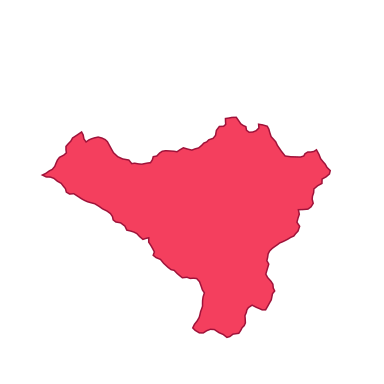 São Gonçalo do Rio Abaixo, Minas Gerais, Brazil (Robinson projection), rotated 307°
{"feature_id": "56859067B788789962978", "entity_name": "São Gonçalo do Rio Abaixo", "entity_type": "district", "adm_level": 2, "iso_a3": "BRA", "parent_name": "Brazil", "parent_adm1": "Minas Gerais", "projection": "robinson", "projection_center": [-43.325, -19.797], "detail": "fine", "context": "isolated", "style": "filled", "palette": "rose", "viewbox_px": 384, "rotation_deg": 307, "n_neighbors": 0, "source": "geoboundaries", "source_scale": "gbopen_adm2", "svg_char_len": 3080}
<svg xmlns="http://www.w3.org/2000/svg" viewBox="0 0 384 384"><g transform="rotate(307 192 192)"><path d="M96.9,307.4L99.3,309.2L103.2,310.3L107.3,314.4L110.8,314.2L113.7,313.7L116.8,314.1L119.6,313.4L122.5,311.0L125.1,308.7L128.4,307.9L130.8,306.8L133.6,306.6L137.8,308.1L138.6,312.7L139.4,315.8L140.1,319.0L142.2,321.7L146.3,321.2L150.5,320.6L153.6,320.2L156.1,319.0L159.2,317.5L162.7,317.6L164.2,314.7L167.0,312.1L168.2,308.9L169.2,303.9L170.8,300.4L173.6,299.3L176.8,298.1L180.6,296.7L182.2,293.1L185.0,291.9L188.5,290.0L191.8,289.5L195.2,290.0L198.5,291.0L201.5,292.0L204.1,292.7L206.6,294.2L209.3,295.6L212.0,296.9L215.1,298.1L218.1,299.8L220.9,299.8L224.5,300.2L229.4,298.6L231.0,294.0L235.1,292.3L238.8,291.1L241.9,287.6L244.6,291.0L248.1,294.9L251.8,296.0L255.9,295.6L258.6,292.3L261.2,290.7L264.6,289.6L267.8,287.5L272.7,288.6L277.1,290.6L280.6,288.1L284.9,290.0L289.1,290.9L292.3,289.5L292.9,284.9L294.4,281.6L295.1,278.2L296.0,274.7L298.4,270.8L300.6,266.0L297.8,265.0L295.4,262.8L293.6,260.4L290.6,259.2L288.0,259.6L285.1,257.5L283.5,255.2L279.6,249.7L276.8,244.7L278.4,238.6L279.5,235.4L280.6,232.1L282.5,228.6L283.2,225.2L283.8,221.9L286.3,218.3L288.4,215.6L289.8,212.5L288.1,208.0L286.2,204.4L283.4,206.9L279.5,206.3L276.4,204.4L274.1,201.7L274.1,198.4L276.6,195.7L275.9,192.8L275.8,189.9L277.0,186.4L278.3,182.4L275.6,179.0L273.1,176.8L270.8,174.5L268.4,176.4L266.3,178.2L263.5,177.7L260.8,174.4L255.9,174.4L251.4,176.7L247.6,176.6L243.8,174.0L240.8,173.6L238.2,172.0L235.2,171.7L231.2,170.8L228.3,168.5L225.4,166.7L223.7,162.8L222.1,158.5L218.3,156.9L215.1,155.8L213.7,153.1L211.3,149.4L209.1,146.1L206.6,143.7L203.7,142.7L199.5,142.2L196.9,139.8L193.7,141.0L190.4,141.2L188.4,139.1L186.1,137.0L184.0,135.2L182.2,132.3L180.5,128.9L178.4,126.8L179.5,122.3L176.7,116.8L175.5,111.5L176.1,105.7L177.7,102.0L179.7,97.6L181.3,94.1L181.6,91.1L180.9,87.6L179.4,84.0L176.4,81.4L173.8,79.6L171.5,78.3L168.2,77.3L169.3,73.8L172.1,70.7L173.5,67.7L168.5,66.0L165.7,65.0L163.3,64.1L159.8,64.6L155.6,64.1L152.6,63.9L149.8,66.0L147.7,68.1L144.3,67.4L139.9,65.3L136.5,65.3L133.5,66.0L129.8,67.0L126.0,66.8L122.9,65.3L119.0,64.1L115.5,62.3L116.3,66.5L118.7,69.9L119.8,73.5L119.6,78.0L120.2,82.3L119.2,85.9L118.5,88.9L116.3,91.7L116.7,95.5L119.5,98.6L119.8,102.8L120.1,107.8L120.6,111.2L121.3,114.3L122.6,117.7L124.1,121.4L124.6,126.3L124.7,130.7L125.6,135.3L125.7,139.9L124.5,143.3L122.3,145.8L122.2,149.2L124.4,153.5L124.4,158.9L122.3,162.9L123.8,166.2L125.0,169.6L125.6,173.0L124.9,176.9L124.6,181.3L127.3,183.2L129.4,185.0L125.9,187.6L124.5,191.5L123.2,194.5L121.5,198.0L118.1,199.1L118.0,202.8L119.2,207.4L118.0,212.3L117.4,218.3L117.4,222.0L118.7,224.9L118.0,229.1L117.8,232.5L117.7,235.9L120.9,239.3L121.9,242.6L124.0,245.0L125.7,247.8L124.9,252.0L122.3,256.0L120.1,259.2L118.9,262.6L114.9,264.0L111.8,265.7L109.4,267.4L107.2,269.1L104.6,270.0L101.8,270.8L99.0,272.1L96.2,273.2L92.2,273.7L87.8,273.6L83.9,274.4L83.4,277.7L83.9,282.6L86.2,285.8L90.2,287.3L93.4,289.3L95.6,292.6L95.9,298.2L97.0,302.6L96.9,307.4Z" fill="#f43f5e" stroke="#9f1239" stroke-width="1.5"/></g></svg>